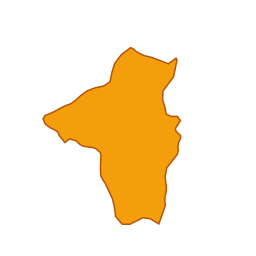 the Province of Bitlis, rotated 122°
{"feature_id": "TUR-2311", "entity_name": "Bitlis", "entity_type": "Province", "adm_level": 1, "iso_a3": "TUR", "parent_name": "Turkey", "parent_adm1": "", "projection": "mercator", "projection_center": [42.405, 38.524], "detail": "fine", "context": "isolated", "style": "filled", "palette": "amber", "viewbox_px": 256, "rotation_deg": 122, "n_neighbors": 0, "source": "natural_earth", "source_scale": "10m", "svg_char_len": 1024}
<svg xmlns="http://www.w3.org/2000/svg" viewBox="0 0 256 256"><g transform="rotate(122 128 128)"><path d="M141.2,74.0L149.8,70.7L157.2,64.6L161.8,61.8L166.6,60.2L170.4,58.0L173.8,55.3L193.0,51.0L193.2,61.1L196.3,67.9L208.5,75.3L212.7,82.0L209.6,91.7L202.2,97.6L196.4,103.6L187.0,117.9L185.2,122.0L183.0,125.6L176.4,130.3L165.2,136.6L163.5,138.5L162.5,144.1L163.1,147.0L166.8,155.4L167.2,157.1L167.4,160.5L166.4,165.2L168.2,171.8L173.8,173.8L170.8,182.5L169.6,184.0L168.5,185.8L168.5,189.9L169.0,193.9L168.6,200.0L165.4,204.8L161.5,205.0L154.4,200.0L143.9,194.0L137.5,189.2L132.8,187.3L125.6,185.3L118.1,182.3L111.4,177.2L105.3,170.9L98.3,167.7L89.4,171.1L80.4,173.5L69.2,172.5L58.5,168.4L58.1,165.5L58.7,162.5L58.6,157.7L58.1,152.9L55.7,145.6L52.1,127.7L43.3,124.3L44.4,122.5L60.4,116.5L78.2,117.9L85.5,113.7L91.6,106.9L95.9,103.1L95.3,97.5L92.0,92.2L93.9,87.4L103.1,87.6L105.3,85.7L106.5,79.5L108.6,78.0L113.0,77.5L117.3,75.8L120.6,73.4L124.2,72.2L141.2,74.0Z" fill="#f59e0b" stroke="#b45309" stroke-width="1.5"/></g></svg>